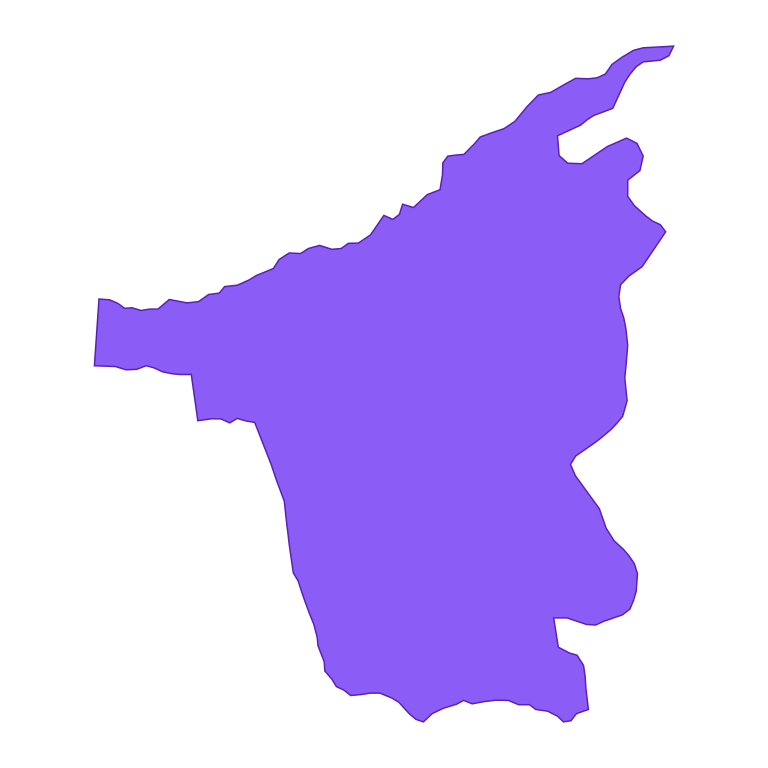 Ibiporã, Paraná, Brazil (Mercator projection)
{"feature_id": "56859067B81750703494114", "entity_name": "Ibiporã", "entity_type": "district", "adm_level": 2, "iso_a3": "BRA", "parent_name": "Brazil", "parent_adm1": "Paraná", "projection": "mercator", "projection_center": [-51.033, -23.227], "detail": "fine", "context": "isolated", "style": "filled", "palette": "violet", "viewbox_px": 768, "rotation_deg": 0, "n_neighbors": 0, "source": "geoboundaries", "source_scale": "gbopen_adm2", "svg_char_len": 2391}
<svg xmlns="http://www.w3.org/2000/svg" viewBox="0 0 768 768"><path d="M633.4,600.7L636.2,591.3L637.5,573.8L634.3,563.6L629.1,556.0L623.4,549.3L614.1,540.8L606.1,528.1L599.3,508.6L575.4,475.8L570.5,464.4L575.7,456.0L595.2,442.4L601.7,437.4L611.1,429.4L616.4,423.8L622.6,416.5L627.1,400.7L624.8,378.1L626.3,362.6L627.7,345.3L625.8,328.1L623.7,317.6L620.6,308.6L618.8,296.7L620.6,284.7L629.1,275.9L642.1,266.7L665.7,231.8L660.3,224.7L652.6,221.1L645.7,215.9L634.3,205.6L627.7,196.3L627.8,180.1L639.9,170.6L643.2,156.1L637.0,143.4L626.6,138.1L607.4,146.5L581.9,163.7L567.7,163.2L559.1,155.6L557.5,135.8L580.6,125.1L587.1,119.8L593.6,115.5L612.8,108.3L624.8,82.2L629.9,74.3L636.2,66.7L643.2,61.9L660.3,60.2L668.9,55.7L673.6,46.1L660.0,46.9L643.2,47.8L633.4,50.4L621.7,57.4L611.9,64.5L605.4,74.0L597.0,77.8L588.4,78.8L575.7,78.3L565.1,84.1L550.6,92.4L538.4,95.0L532.7,100.8L527.0,106.7L514.8,121.5L503.8,128.7L491.9,132.7L480.2,137.0L474.5,143.7L463.9,154.4L455.5,155.1L447.8,156.1L442.8,162.9L442.5,174.6L440.0,189.7L427.3,194.6L413.5,207.5L402.6,204.2L399.4,214.4L392.8,219.4L383.9,215.4L370.5,234.9L358.3,243.1L348.4,243.3L341.2,248.5L331.8,249.3L319.6,245.4L308.4,248.5L300.6,253.5L289.2,253.0L279.1,259.5L273.4,268.5L256.3,275.5L249.0,280.0L237.2,285.2L224.6,286.6L219.3,293.1L208.6,294.5L198.6,301.6L187.2,302.9L169.3,299.5L157.9,309.1L149.3,309.1L141.1,310.5L132.2,307.8L124.6,308.3L117.7,303.3L109.6,299.8L99.0,299.0L94.4,365.8L115.3,366.5L126.1,369.8L136.8,369.3L146.2,365.7L154.2,367.9L162.8,371.9L172.5,373.8L180.2,374.5L191.3,374.5L197.8,420.7L211.6,418.8L220.9,418.9L229.8,422.9L237.1,418.4L246.1,421.0L254.7,422.4L271.3,464.8L276.5,480.3L284.3,501.2L286.7,523.7L288.3,536.2L289.2,544.4L293.3,572.9L298.1,580.8L301.7,591.9L304.7,600.7L309.5,613.6L313.9,624.6L317.2,637.4L318.0,645.8L324.2,661.7L324.8,671.0L331.8,679.1L336.4,686.6L343.7,690.0L350.7,695.5L361.6,694.5L370.1,693.1L379.8,693.1L392.0,698.1L399.0,702.4L409.1,713.6L415.9,719.3L423.4,721.9L432.2,713.6L443.3,708.3L456.6,704.2L463.6,700.4L472.1,703.8L484.3,701.6L495.7,700.2L508.3,700.4L518.6,704.7L529.5,704.7L535.8,709.5L547.7,711.2L557.5,716.2L563.5,721.9L571.0,720.7L576.5,713.6L588.4,709.5L585.9,688.3L585.1,676.0L583.5,665.3L577.0,655.2L569.2,652.9L558.3,647.2L553.7,617.9L566.9,617.9L586.7,624.5L595.7,625.0L603.5,621.4L622.5,614.8L629.9,609.1L633.4,600.7Z" fill="#8b5cf6" stroke="#5b21b6" stroke-width="1.5"/></svg>